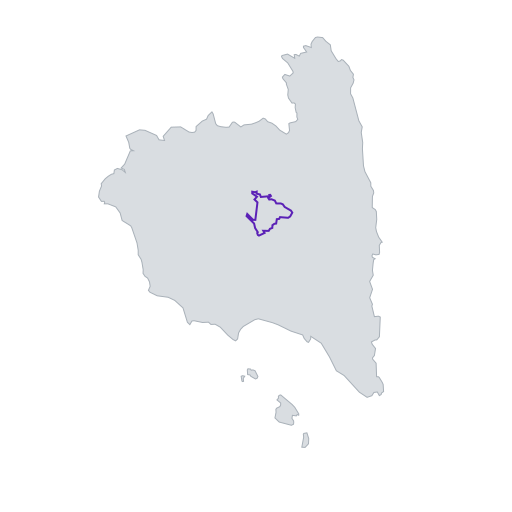 where Madrid sits in Spain, rotated 76°
{"feature_id": "ESP-5833", "entity_name": "Madrid", "entity_type": "Autonomous Community", "adm_level": 1, "iso_a3": "ESP", "parent_name": "Spain", "parent_adm1": "", "projection": "robinson", "projection_center": [-3.775, 40.528], "detail": "coarse", "context": "in_parent", "style": "outline", "palette": "violet", "viewbox_px": 512, "rotation_deg": 76, "n_neighbors": 0, "source": "natural_earth", "source_scale": "10m", "svg_char_len": 4394}
<svg xmlns="http://www.w3.org/2000/svg" viewBox="0 0 512 512"><g transform="rotate(76 256 256)"><path d="M273.1,130.2L273.1,131.4L275.5,133.8L282.4,135.2L284.2,136.2L283.9,139.4L282.3,142.2L283.8,143.4L285.4,143.4L287.5,141.1L287.9,142.6L291.1,144.0L298.1,146.5L303.0,146.9L308.2,151.9L316.5,151.0L324.0,155.8L331.0,154.7L332.6,155.7L343.5,155.8L344.0,151.8L345.3,150.2L364.2,155.8L366.6,159.1L366.3,160.8L367.3,164.8L369.8,164.6L374.7,162.4L381.2,165.2L383.0,167.6L384.3,167.8L389.1,165.4L402.3,168.2L402.8,166.4L403.7,165.8L409.1,164.1L411.4,163.7L418.4,165.0L419.3,167.3L420.7,168.1L421.3,170.1L417.3,171.2L416.9,174.6L419.6,177.4L420.0,182.4L413.1,188.7L393.3,199.4L386.8,205.8L371.8,209.1L356.4,213.8L347.2,222.3L349.6,223.0L352.5,225.9L351.6,227.2L347.6,229.2L343.9,229.8L337.3,240.3L328.1,251.2L324.7,256.1L317.5,268.9L317.5,272.6L321.3,285.4L323.4,288.7L326.4,291.5L332.0,293.9L333.4,296.3L331.5,298.5L326.0,302.5L316.4,307.9L312.3,312.2L311.5,316.3L308.7,318.1L307.6,323.9L303.8,331.8L303.6,333.9L306.6,336.8L303.7,338.6L288.7,339.4L279.4,345.6L274.8,351.2L270.7,361.5L265.6,367.6L263.3,368.7L259.8,366.0L255.4,365.6L251.2,366.5L248.9,368.6L245.5,369.8L242.1,368.8L234.7,368.2L231.4,368.3L226.3,370.0L221.9,368.9L214.5,368.3L198.4,369.7L196.4,370.3L189.2,377.3L181.4,377.4L174.4,380.2L169.6,387.0L168.7,390.6L167.3,389.8L166.2,390.1L165.6,392.8L160.7,394.5L155.3,392.3L150.7,388.9L148.4,388.7L144.5,383.5L142.9,380.1L141.7,376.5L141.7,374.0L138.3,372.6L137.5,369.3L140.0,365.0L143.3,362.6L140.2,362.8L138.0,365.6L135.1,361.2L123.6,352.5L124.2,349.5L122.2,351.8L120.9,352.4L114.9,352.0L108.1,353.1L105.4,338.5L107.2,333.3L115.0,323.3L119.8,322.0L121.8,316.8L117.4,317.1L110.5,307.1L112.5,297.9L119.5,291.0L120.7,288.2L121.0,285.6L119.7,283.8L115.9,282.8L112.1,275.5L111.3,270.9L108.1,268.4L105.5,263.9L107.9,263.2L117.8,263.1L120.2,262.0L122.0,258.9L123.9,253.9L124.4,250.9L120.6,246.6L120.5,245.7L121.0,244.3L127.1,239.5L125.9,235.9L127.0,228.4L126.6,224.0L126.0,220.4L124.0,215.7L125.3,213.8L128.5,212.2L131.0,208.4L134.7,205.2L139.5,202.6L145.1,197.1L144.2,194.6L142.3,193.1L135.5,192.1L135.1,190.9L135.2,184.9L133.5,182.4L131.0,182.7L127.2,181.7L126.3,182.3L121.5,182.1L118.1,181.0L116.7,182.0L116.3,184.1L110.6,186.3L107.4,186.2L102.2,184.4L96.3,185.0L95.6,184.5L90.5,187.0L88.8,187.1L86.8,184.1L89.6,179.7L87.3,175.6L85.7,175.5L76.3,178.5L70.8,182.5L68.6,183.0L67.8,182.3L67.7,176.6L73.5,170.6L69.9,170.2L70.1,168.5L72.5,165.7L70.2,163.6L70.3,157.5L65.2,159.5L63.9,159.2L63.9,156.8L67.1,151.9L63.8,151.4L61.4,149.5L58.4,145.5L58.4,143.4L60.2,138.5L64.7,136.2L69.1,132.8L75.1,133.4L84.1,130.6L87.2,129.1L87.1,127.0L86.1,125.5L87.1,124.0L94.4,120.0L98.8,119.5L103.2,117.5L106.2,118.8L108.8,118.3L111.8,119.9L115.7,123.5L121.5,125.0L126.1,123.8L149.7,123.5L156.4,121.7L161.6,124.0L171.7,125.0L177.7,126.8L194.5,129.9L200.5,129.9L212.7,126.9L216.1,127.7L220.9,126.2L223.3,126.5L226.3,128.6L237.1,131.5L239.9,129.0L242.0,128.5L249.7,130.0L257.5,133.0L261.5,133.2L267.4,132.4L273.1,130.2ZM419.4,259.2L422.2,260.4L425.2,259.4L426.8,259.7L428.3,260.3L428.8,262.6L422.7,273.7L417.7,276.8L412.6,274.4L409.6,273.8L408.7,272.9L407.9,269.3L406.5,268.1L404.6,267.6L400.7,270.5L399.4,268.6L397.5,268.2L396.8,267.1L396.8,265.6L408.8,256.9L412.2,255.0L419.6,252.7L420.8,253.1L419.8,254.4L420.9,255.6L419.4,259.2ZM453.6,254.7L452.6,257.8L443.4,253.6L440.4,253.2L439.7,252.5L439.9,249.4L445.9,249.0L450.9,250.5L453.6,254.7ZM370.0,290.6L369.0,292.8L364.5,292.0L363.5,291.1L364.4,288.6L365.7,288.3L365.8,286.5L367.1,284.7L373.4,283.3L374.9,284.5L375.2,286.2L371.5,290.1L370.0,290.6ZM374.6,299.4L374.0,299.9L369.1,299.5L368.9,298.0L369.9,296.0L371.7,298.0L374.6,298.4L374.6,299.4Z" fill="#d9dde1" stroke="#a8b0b8" stroke-width="1"/><path d="M235.7,242.1L236.9,248.2L236.0,249.1L234.0,249.3L233.3,248.5L228.7,250.1L224.0,250.0L215.0,255.5L213.1,254.3L220.2,250.1L220.8,247.9L204.3,241.6L200.8,243.8L198.7,240.7L194.4,244.5L192.7,244.1L193.9,241.4L193.7,239.8L195.7,240.3L197.2,237.3L199.9,237.0L201.1,229.3L202.4,230.2L204.4,229.5L204.7,227.2L206.8,224.3L209.9,223.6L211.0,219.3L212.3,217.5L215.4,216.3L220.4,211.1L222.7,210.3L225.9,213.3L226.7,215.6L224.1,223.3L225.6,224.5L225.3,226.9L229.4,228.6L229.2,230.4L230.1,232.6L232.7,233.4L233.0,235.9L234.7,237.6L233.3,242.8L235.7,242.1ZM201.4,227.0L201.9,228.1L200.0,228.2L200.1,227.4L201.4,227.0Z" fill="none" stroke="#5b21b6" stroke-width="2"/></g></svg>